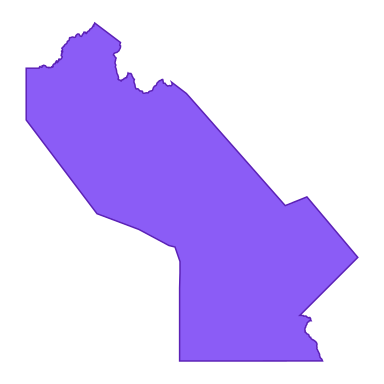 outline of Goilala District, Central, Papua New Guinea
{"feature_id": "67681753B69138708409100", "entity_name": "Goilala District", "entity_type": "district", "adm_level": 2, "iso_a3": "PNG", "parent_name": "Papua New Guinea", "parent_adm1": "Central", "projection": "natural_earth1", "projection_center": [146.873, -8.324], "detail": "fine", "context": "isolated", "style": "filled", "palette": "violet", "viewbox_px": 384, "rotation_deg": 0, "n_neighbors": 0, "source": "geoboundaries", "source_scale": "gbopen_adm2", "svg_char_len": 5018}
<svg xmlns="http://www.w3.org/2000/svg" viewBox="0 0 384 384"><path d="M94.7,23.0L94.3,24.1L93.4,25.2L93.5,25.3L93.8,25.7L93.8,25.9L93.7,26.1L92.9,26.3L92.5,26.9L92.4,27.3L91.7,28.1L90.8,28.8L90.1,29.1L89.6,29.7L89.5,30.5L89.0,30.9L88.4,31.0L87.2,32.2L86.9,32.9L86.4,33.5L86.1,33.5L85.8,33.2L85.6,32.3L84.0,32.1L83.7,32.5L83.8,33.2L83.5,33.6L83.0,33.8L82.4,34.6L82.0,35.7L81.4,36.4L80.8,36.3L80.2,36.0L79.8,35.6L79.5,35.1L79.4,34.6L79.1,34.2L78.5,34.0L77.6,34.0L76.6,34.8L75.9,35.6L75.7,36.7L75.3,37.1L75.0,37.3L74.3,37.4L73.6,37.3L73.0,37.0L72.2,37.0L70.7,37.6L69.8,37.6L69.5,38.0L69.3,39.6L69.0,40.4L68.8,40.6L68.4,40.9L67.7,41.1L67.4,41.4L67.2,41.9L67.2,42.6L66.9,43.1L66.3,43.8L65.1,44.5L64.6,45.1L64.1,46.2L63.5,46.3L63.1,46.9L62.9,47.4L62.5,47.8L61.9,48.1L61.9,48.5L62.3,48.9L62.5,49.4L62.4,50.3L62.3,50.7L61.6,51.0L61.6,51.3L62.3,51.4L62.6,51.5L62.6,52.0L62.4,52.3L62.1,52.3L61.8,52.7L61.9,53.8L61.4,54.1L61.4,54.3L61.6,54.6L61.5,54.8L61.2,55.4L61.2,55.7L62.2,56.5L62.0,57.7L60.6,59.4L60.1,59.4L59.9,59.7L59.6,59.8L59.5,59.6L59.5,59.2L59.3,59.0L59.0,59.0L58.7,59.5L58.8,60.6L57.7,62.2L57.1,60.9L56.8,60.8L56.5,60.9L56.6,62.0L56.5,62.3L56.2,62.5L55.7,62.1L55.4,62.5L55.4,63.4L55.1,63.7L54.9,63.8L54.0,63.9L53.9,64.1L52.9,65.2L52.9,65.8L53.1,66.3L53.0,66.7L52.7,67.1L52.4,67.1L51.9,66.7L51.7,66.7L51.5,66.9L51.4,67.2L51.1,67.5L50.1,67.6L49.4,67.4L49.0,67.7L48.5,67.7L48.2,67.3L47.2,67.4L46.6,67.3L46.0,66.6L45.8,66.2L45.4,65.8L43.9,65.3L43.5,65.3L43.0,65.9L42.8,66.0L42.6,65.7L42.3,65.7L42.1,65.8L42.2,66.5L42.0,67.1L41.8,67.3L41.1,67.1L40.4,67.0L40.0,66.5L39.7,66.7L39.0,68.2L26.2,68.2L26.2,120.0L97.0,213.7L138.8,229.4L168.9,245.5L175.0,247.0L180.0,261.5L180.0,273.1L179.6,288.1L179.6,361.0L251.2,361.0L322.5,360.9L321.8,359.2L320.4,357.8L320.0,357.2L319.9,356.3L319.5,355.3L319.6,354.3L318.7,352.5L318.2,351.4L317.9,351.0L317.7,350.3L317.3,349.5L317.0,349.1L316.8,348.5L316.9,347.9L317.0,347.3L316.9,346.8L316.8,346.4L316.7,345.7L316.9,345.0L317.0,344.4L316.9,343.8L316.8,343.3L316.5,342.8L316.0,342.2L315.7,341.6L314.2,340.6L313.8,340.3L313.7,340.1L313.3,339.9L312.8,339.8L312.4,339.7L312.0,339.2L311.1,338.7L310.9,338.3L310.8,337.7L310.7,337.3L310.0,337.1L309.7,337.1L309.3,336.5L309.0,335.6L308.8,334.9L308.4,334.5L307.6,334.1L306.9,333.8L306.6,333.6L306.2,332.9L305.9,332.7L305.5,332.3L305.0,332.0L305.0,331.7L305.3,331.1L305.1,330.7L304.9,330.2L304.9,329.1L305.0,328.6L305.2,327.7L305.5,327.5L305.7,327.1L305.8,326.6L305.7,326.2L306.0,325.7L306.7,324.6L307.0,323.9L307.0,323.3L307.3,322.7L307.8,322.2L308.4,321.8L308.8,321.7L308.9,321.3L309.1,321.1L309.3,320.8L310.0,320.7L311.1,320.7L310.9,320.3L310.7,319.8L310.7,319.6L310.4,319.3L310.6,318.7L310.0,317.7L309.7,317.8L309.2,317.5L308.8,317.9L307.7,317.5L307.5,317.3L307.3,317.1L307.0,317.1L306.6,316.8L306.3,316.2L305.6,316.1L305.2,316.0L303.8,316.2L303.5,315.9L303.1,315.5L302.8,315.6L302.5,315.6L302.1,315.5L301.7,315.4L299.8,315.4L357.8,257.4L306.9,196.9L285.2,205.6L199.9,108.8L186.4,93.5L171.6,82.2L171.8,82.7L172.1,83.7L172.2,84.5L171.8,85.1L171.0,85.9L170.3,85.8L169.6,85.5L167.7,86.1L167.1,85.5L166.7,85.4L166.2,84.8L165.8,84.5L165.3,83.6L165.1,83.3L164.4,83.2L163.7,83.3L163.4,83.2L163.3,82.9L163.3,82.3L163.1,81.6L163.1,81.0L162.8,80.6L162.9,80.0L162.7,79.5L162.2,79.5L161.3,79.8L161.0,80.3L160.5,80.6L159.9,80.6L159.5,80.7L158.9,81.2L158.6,81.6L158.0,82.1L157.2,82.9L156.9,83.4L156.7,84.2L156.5,84.7L156.2,85.3L155.6,85.7L155.0,86.0L154.5,86.1L153.4,87.7L152.8,89.6L152.5,90.2L152.1,90.6L151.2,90.9L150.2,91.1L149.4,91.4L148.8,91.8L148.6,92.5L148.3,92.8L147.7,92.9L146.9,92.8L146.3,92.8L145.4,93.0L144.7,93.2L143.8,93.3L143.1,93.1L142.7,92.5L142.5,92.2L142.6,91.6L142.3,91.2L141.9,91.1L141.2,91.1L140.6,90.9L140.0,91.0L139.4,90.4L138.8,89.7L138.4,89.2L137.9,88.8L137.4,88.8L136.3,89.0L136.1,88.9L135.5,87.7L135.2,87.0L135.0,85.2L134.8,84.4L134.5,83.6L134.1,82.6L133.9,82.0L134.0,81.0L134.0,80.5L134.3,79.7L134.4,79.3L134.1,79.1L133.7,78.9L133.0,77.7L132.7,77.1L132.5,76.7L132.1,76.1L131.9,75.4L131.8,74.9L131.4,74.2L130.9,73.5L130.2,73.5L129.3,73.4L128.6,73.5L128.2,73.3L128.0,73.0L127.9,73.2L127.9,73.8L127.9,74.4L127.7,74.9L127.5,75.2L127.3,75.7L126.8,76.3L126.8,77.0L126.8,77.5L126.6,77.7L125.9,77.7L125.4,77.7L125.1,78.0L124.7,78.5L124.3,78.5L124.1,78.5L123.8,78.9L123.3,79.5L122.7,79.7L122.2,79.6L121.2,81.0L120.7,80.8L120.3,80.5L120.0,80.0L118.7,79.8L118.1,79.2L118.1,78.9L118.4,78.5L118.5,77.9L118.4,76.9L118.1,75.9L117.8,75.2L117.7,74.7L117.0,73.6L116.8,72.8L116.6,71.5L116.5,70.4L116.3,69.6L116.1,68.8L115.8,68.0L115.3,67.0L115.5,66.2L115.8,65.4L115.8,64.9L115.4,64.1L115.1,63.6L115.0,62.7L115.2,61.6L115.3,60.9L115.6,60.2L115.6,59.5L115.9,58.6L116.1,58.2L116.0,57.8L114.7,56.6L114.4,55.8L113.4,54.9L113.5,54.6L113.8,53.9L114.1,53.6L114.3,53.2L115.4,52.8L116.3,52.5L117.0,52.4L117.5,51.9L118.2,51.3L118.9,50.8L119.6,49.3L120.2,48.2L120.4,47.6L120.5,46.6L120.6,45.9L120.4,45.7L119.9,45.5L119.7,45.1L119.8,44.6L120.1,43.7L120.3,43.2L120.4,42.8L120.5,42.5L111.4,35.6L94.7,23.0Z" fill="#8b5cf6" stroke="#5b21b6" stroke-width="1.5"/></svg>